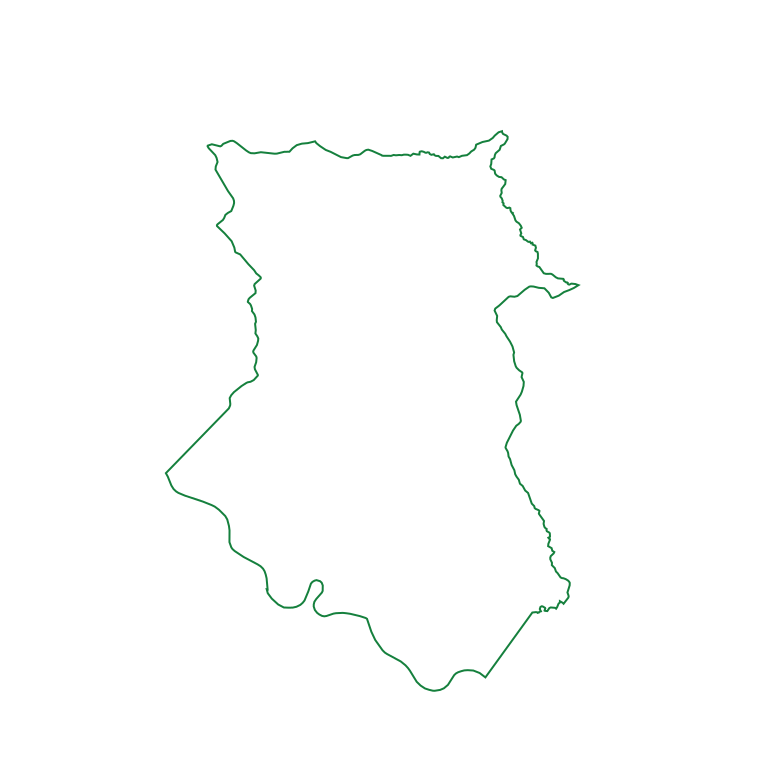 La Unión, Valle del Cauca, Colombia (Robinson projection), rotated 108°
{"feature_id": "7082276B77686816472796", "entity_name": "La Unión", "entity_type": "district", "adm_level": 2, "iso_a3": "COL", "parent_name": "Colombia", "parent_adm1": "Valle del Cauca", "projection": "robinson", "projection_center": [-76.127, 4.537], "detail": "fine", "context": "isolated", "style": "outline", "palette": "green", "viewbox_px": 768, "rotation_deg": 108, "n_neighbors": 0, "source": "geoboundaries", "source_scale": "gbopen_adm2", "svg_char_len": 6166}
<svg xmlns="http://www.w3.org/2000/svg" viewBox="0 0 768 768"><g transform="rotate(108 384 384)"><path d="M175.3,482.7L176.4,484.4L180.3,488.0L180.7,489.2L181.5,495.0L179.7,506.5L179.4,511.7L177.5,518.4L175.8,522.8L174.5,524.5L178.4,530.8L180.8,536.4L183.8,540.8L188.1,543.8L192.3,545.7L194.0,550.6L198.0,557.1L198.8,559.3L201.6,572.7L204.6,578.4L205.6,582.0L205.4,584.1L204.5,587.3L200.4,598.4L199.5,601.6L199.5,603.2L200.3,605.2L205.3,611.1L207.7,612.2L208.6,613.2L209.2,621.8L211.8,625.3L212.5,625.2L213.9,623.6L218.5,615.2L220.7,613.1L224.3,610.9L229.1,611.2L232.2,610.5L248.7,592.0L254.0,584.9L256.1,583.3L258.2,582.5L261.0,582.3L266.7,582.7L269.6,585.4L272.2,587.1L275.5,587.3L277.8,587.9L283.6,591.7L284.6,592.0L285.4,591.6L290.0,582.1L295.3,573.0L300.5,568.5L304.3,566.4L304.7,565.6L305.2,560.8L311.9,550.1L315.9,542.7L318.3,539.7L319.4,536.7L320.5,534.4L321.2,533.9L322.0,533.9L328.9,537.9L330.6,537.9L334.8,534.9L337.3,534.3L343.5,538.3L345.2,539.0L347.6,539.0L348.1,538.8L349.2,536.2L350.3,534.9L353.4,532.6L355.5,532.1L357.9,528.7L360.4,526.8L364.4,525.0L366.6,525.2L372.4,522.6L375.7,521.9L377.8,519.2L379.6,517.6L381.9,517.1L386.2,516.9L392.5,518.5L393.7,518.4L394.6,517.8L397.3,514.0L398.6,513.2L402.8,512.3L407.8,512.4L409.9,511.3L414.3,506.8L415.0,506.6L420.5,509.1L423.1,511.6L424.6,514.3L425.7,515.4L430.0,518.9L438.1,524.2L441.8,525.8L445.1,526.4L450.5,524.0L452.0,523.7L455.1,524.0L536.2,563.9L538.9,561.0L546.2,554.9L548.9,551.7L550.4,548.6L551.1,545.9L551.7,538.7L551.8,520.0L552.4,510.7L552.9,507.1L554.6,502.1L558.6,494.2L561.3,491.2L566.9,487.6L570.9,485.7L582.2,482.1L586.6,478.7L587.8,477.1L589.0,474.4L590.4,469.4L591.9,464.0L594.6,448.5L595.5,445.0L597.0,442.0L599.0,439.7L601.8,437.6L605.1,435.6L615.4,431.2L615.5,432.1L618.9,429.9L622.8,424.4L626.4,416.5L627.5,410.2L626.1,405.2L624.8,401.6L622.9,398.4L619.9,395.3L617.2,393.7L614.5,392.7L604.7,391.9L596.4,391.8L594.3,390.9L592.5,389.3L591.4,387.6L591.3,383.9L592.2,381.9L594.5,380.0L599.7,378.4L601.5,378.6L609.4,382.0L612.6,382.9L615.3,382.7L617.3,382.1L620.3,379.9L622.3,376.9L623.2,374.3L623.7,371.3L623.4,369.0L622.4,367.0L618.0,361.1L616.8,358.8L614.4,352.4L613.7,349.2L613.0,345.1L612.2,335.3L612.2,329.1L612.6,327.6L623.5,319.5L630.2,313.2L637.7,303.1L639.2,300.1L639.9,297.5L642.7,282.3L644.9,276.6L646.8,273.3L648.7,270.7L657.1,260.9L659.5,256.0L660.9,250.9L660.9,246.5L660.6,242.8L660.1,241.0L657.6,236.1L654.9,233.0L650.4,230.2L639.2,227.3L637.0,226.1L635.2,224.4L633.2,221.7L631.6,219.2L630.3,216.0L628.9,210.5L629.3,203.7L631.7,196.9L555.5,172.3L554.0,169.0L553.8,167.7L554.2,167.2L553.4,166.0L552.7,165.9L551.7,164.5L549.9,166.3L547.7,166.3L546.7,165.4L546.5,164.4L547.1,161.7L547.5,161.3L549.9,161.3L550.0,160.8L549.5,158.5L546.0,157.5L545.0,156.4L544.0,152.1L544.5,150.9L542.8,150.4L538.9,150.1L537.5,149.2L536.2,149.6L536.9,146.4L537.5,145.3L530.3,142.7L529.1,142.7L528.1,143.2L525.6,145.1L518.1,145.2L515.7,145.9L515.0,146.6L514.1,148.1L513.4,150.9L513.3,153.3L513.6,154.7L513.4,156.3L510.2,160.5L509.2,162.5L506.3,164.7L504.4,168.4L502.1,169.0L499.4,171.6L497.9,172.2L496.1,172.2L492.7,170.3L491.2,170.1L490.6,172.4L488.3,173.9L487.5,177.8L485.2,178.3L480.7,178.0L480.2,178.3L480.0,179.5L479.4,180.2L478.2,179.0L477.7,179.0L474.7,180.2L474.2,181.0L473.7,183.6L472.8,184.3L471.6,184.5L471.2,186.0L470.3,187.3L467.7,189.0L464.8,189.5L459.8,196.3L459.3,196.7L456.7,196.9L456.2,198.0L455.9,201.3L455.4,202.4L453.7,203.4L452.1,206.5L443.1,213.3L441.7,216.8L438.1,220.6L436.8,223.9L433.4,226.2L431.1,229.4L429.3,231.3L425.7,233.4L421.6,237.6L416.5,240.9L414.5,243.1L411.3,244.6L409.8,245.7L407.4,248.4L406.6,248.9L402.0,249.0L388.3,246.9L382.8,245.3L380.3,243.5L377.8,242.4L376.8,242.4L371.3,245.3L363.1,251.4L360.0,253.0L351.9,250.8L348.7,250.5L342.8,250.7L338.8,251.7L334.9,255.3L330.8,255.7L330.2,256.3L329.2,259.7L327.6,262.9L326.4,264.2L322.2,267.2L316.3,269.9L313.8,270.0L308.6,273.4L304.7,277.3L300.8,282.2L298.8,284.2L295.8,288.8L293.8,290.5L290.3,295.7L288.5,296.5L284.3,297.4L280.0,301.5L277.9,301.5L273.7,298.6L262.6,292.4L261.6,291.0L260.7,286.9L259.1,284.3L250.9,279.3L246.5,275.9L245.8,274.6L245.1,271.9L244.7,266.5L243.4,261.0L246.3,255.5L249.9,251.7L250.0,250.0L246.0,245.1L240.9,241.2L237.4,236.8L234.1,233.2L229.9,229.6L229.8,232.9L230.5,236.2L230.7,236.9L232.1,238.3L232.3,239.4L231.8,240.3L231.0,240.5L230.8,241.3L231.1,242.1L230.3,244.7L229.8,245.2L229.0,245.3L228.6,246.0L229.8,251.2L229.4,253.6L227.8,257.7L227.6,259.3L229.2,263.9L229.3,266.3L224.7,272.4L224.7,274.3L224.2,275.6L222.4,275.9L220.8,276.7L217.0,276.4L212.5,277.9L211.0,278.8L210.8,280.8L210.1,281.6L207.5,281.6L205.6,282.8L205.5,285.8L204.2,286.1L203.8,286.7L204.7,287.8L203.5,289.2L204.1,290.1L204.1,291.2L203.3,293.3L203.2,295.8L201.3,297.2L200.9,299.9L200.3,300.3L198.3,300.0L195.0,302.4L192.9,301.3L191.2,302.8L189.4,305.4L188.7,308.1L187.8,309.5L184.0,312.3L181.9,314.9L181.9,313.5L181.4,314.6L181.6,315.4L180.9,316.3L179.8,317.3L177.7,318.2L177.5,319.3L178.5,320.8L178.6,322.0L176.9,325.8L175.2,326.1L174.6,327.5L173.2,327.7L171.1,329.3L169.9,331.2L169.1,331.6L165.9,331.1L163.3,332.3L161.9,332.4L156.4,330.5L152.5,331.3L152.4,333.2L151.0,336.1L151.5,338.6L150.8,341.3L149.6,343.3L146.8,344.8L146.4,345.7L146.2,348.5L144.2,350.1L141.7,350.0L137.2,351.1L135.6,349.3L134.5,348.9L132.0,349.3L130.0,349.1L125.5,346.4L121.5,346.4L119.1,344.0L118.1,343.4L112.9,342.2L110.7,342.8L109.9,344.2L109.4,348.0L108.2,349.4L107.1,349.9L109.2,352.8L113.5,355.4L116.4,356.6L120.1,359.4L123.4,365.1L127.9,370.3L131.1,370.0L133.3,370.7L135.9,372.9L138.4,374.1L140.7,375.8L142.9,380.4L145.1,382.9L145.1,384.8L147.3,388.6L147.1,391.5L147.7,392.1L148.9,392.5L149.4,393.6L149.0,396.4L151.1,397.7L151.6,399.5L150.3,402.7L151.0,405.1L150.8,406.7L150.1,407.6L151.4,409.8L151.1,411.6L150.0,412.6L150.1,414.0L151.1,415.4L151.2,416.4L150.9,417.9L151.0,420.0L151.9,421.6L152.4,421.8L154.8,421.2L155.5,423.5L155.9,427.3L158.8,429.3L158.6,432.0L159.1,434.0L159.7,435.9L160.9,437.8L161.5,440.3L162.8,443.3L163.2,445.6L164.8,447.7L167.2,455.3L167.4,456.5L167.1,457.0L166.0,467.3L166.0,471.4L166.9,473.1L168.1,474.3L172.9,477.6L174.0,479.1L175.3,482.7Z" fill="none" stroke="#15803d" stroke-width="2"/></g></svg>